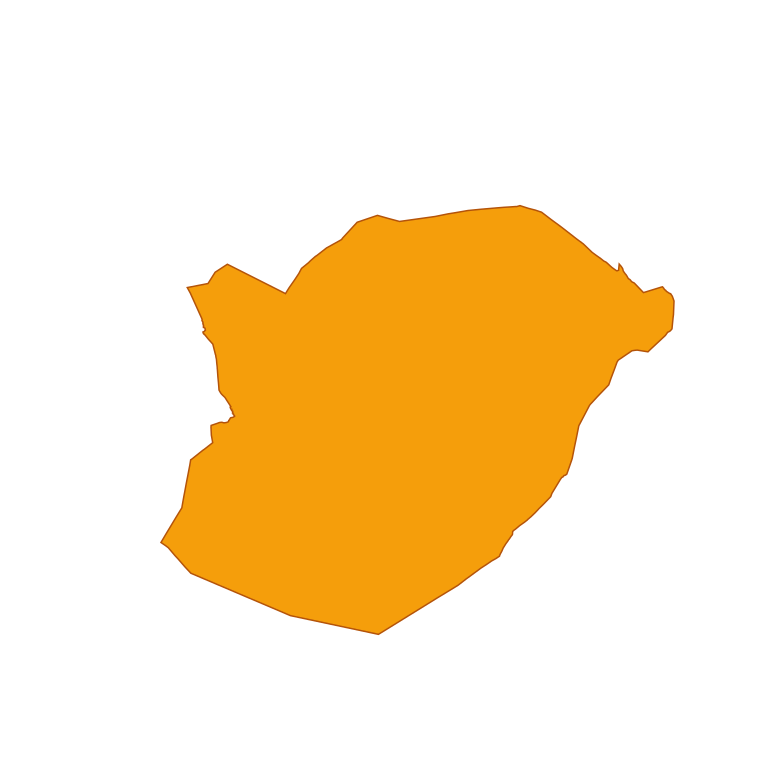 Selbu nor, Sør-Trøndelag, Norway, rotated 137°
{"feature_id": "86288312B45972287407526", "entity_name": "Selbu nor", "entity_type": "district", "adm_level": 2, "iso_a3": "NOR", "parent_name": "Norway", "parent_adm1": "Sør-Trøndelag", "projection": "albers", "projection_center": [11.135, 63.176], "detail": "fine", "context": "isolated", "style": "filled", "palette": "amber", "viewbox_px": 768, "rotation_deg": 137, "n_neighbors": 0, "source": "geoboundaries", "source_scale": "gbopen_adm2", "svg_char_len": 5175}
<svg xmlns="http://www.w3.org/2000/svg" viewBox="0 0 768 768"><g transform="rotate(137 384 384)"><path d="M654.3,377.3L610.4,278.4L558.8,204.7L490.3,191.1L481.2,189.2L467.0,186.3L457.0,185.4L441.9,183.6L439.0,183.3L431.5,182.0L426.0,181.2L421.2,180.0L417.0,179.3L415.8,180.0L414.2,180.6L412.3,181.2L409.5,182.4L408.9,182.7L403.7,184.1L400.5,184.7L399.2,185.1L398.0,185.2L395.2,185.9L393.1,186.2L392.6,186.4L391.1,187.8L390.5,188.4L387.9,188.4L387.3,188.2L381.2,187.9L375.4,187.1L373.0,186.9L372.3,186.8L371.3,186.9L369.8,186.8L368.4,186.8L367.6,186.7L367.0,186.7L360.9,186.8L357.7,187.0L355.4,187.2L350.0,187.3L338.9,187.9L335.8,189.5L319.9,194.0L318.3,194.3L317.7,194.4L317.0,194.2L316.8,194.1L316.3,194.0L315.9,194.2L315.5,194.2L314.8,194.3L314.7,194.3L314.5,194.1L314.4,194.0L314.2,193.9L313.7,193.7L313.3,193.7L313.1,193.5L312.8,193.6L311.8,193.4L298.9,200.2L297.1,201.2L288.8,207.2L286.7,208.7L284.3,210.4L280.3,213.2L270.0,220.6L267.4,221.5L248.6,228.1L247.3,228.4L246.1,228.5L244.3,228.6L236.6,229.2L220.2,230.1L214.2,233.3L205.3,237.7L199.2,240.8L198.9,241.0L196.4,241.7L180.0,239.2L177.5,237.5L175.7,236.1L169.0,227.5L165.0,227.6L145.0,227.6L141.2,228.4L140.3,228.0L138.3,227.6L135.8,227.9L127.3,235.4L125.0,237.3L115.3,246.9L113.3,251.5L112.8,254.5L113.0,254.6L113.0,254.9L113.4,255.5L113.5,256.0L113.5,256.3L113.8,256.9L113.8,257.5L114.0,258.2L114.1,258.4L114.2,258.7L114.2,259.3L114.3,259.5L114.1,260.2L114.1,260.5L114.3,261.2L114.4,261.4L114.4,261.6L114.3,262.2L114.3,262.5L114.3,262.8L114.1,263.2L114.1,263.5L114.1,264.1L114.1,264.5L114.0,264.9L114.0,265.1L115.0,265.7L130.3,273.1L131.9,273.9L132.1,287.0L132.3,287.9L132.8,288.8L133.0,289.8L133.1,290.2L132.9,292.1L133.0,293.1L133.2,293.6L133.4,294.4L133.2,295.4L132.8,297.0L132.7,297.4L132.4,299.2L132.5,299.6L132.1,302.6L131.9,303.6L130.8,305.5L130.6,306.4L130.3,308.3L130.2,311.3L134.9,307.2L136.3,307.8L136.7,308.3L137.2,310.7L137.8,313.7L138.0,315.8L138.3,320.0L138.5,321.7L139.4,324.1L139.9,327.7L141.2,334.0L142.0,338.3L142.7,350.6L144.2,358.7L147.2,377.5L149.6,390.3L151.6,402.2L154.7,407.9L158.6,414.0L162.9,421.7L166.0,423.3L166.8,424.1L170.9,427.4L176.0,431.6L180.8,435.4L187.3,440.5L194.2,445.9L204.4,453.7L215.4,460.9L221.2,464.8L232.3,471.6L261.8,492.3L267.8,501.9L273.8,511.8L288.9,518.6L293.3,520.6L314.4,519.0L314.9,518.9L315.2,518.9L315.4,518.9L315.5,518.8L316.2,518.6L317.5,518.8L333.2,522.7L345.7,523.8L347.1,524.1L353.5,524.3L356.6,524.2L359.3,524.4L359.8,524.4L365.5,524.8L366.3,524.5L367.8,524.0L370.9,522.9L378.4,521.1L387.8,519.1L394.4,517.3L416.9,578.4L431.3,580.9L444.2,577.5L462.1,588.7L463.8,582.1L464.0,581.6L466.8,573.3L472.6,556.2L472.9,555.6L473.1,555.1L473.6,554.8L473.9,554.5L474.1,553.6L474.2,552.9L474.4,552.7L474.7,552.1L475.0,551.8L475.1,551.7L475.4,551.6L475.5,551.3L475.5,551.2L475.5,550.9L475.6,550.7L475.8,550.6L475.9,550.3L476.0,550.2L476.1,549.8L476.3,549.7L476.5,549.6L476.5,549.4L476.6,549.2L476.8,548.9L477.0,548.9L477.1,548.6L477.3,548.5L477.2,548.4L477.3,548.2L477.1,547.9L477.1,547.7L477.0,547.4L477.0,547.2L476.9,547.0L477.0,546.9L477.0,546.7L477.1,546.4L477.2,546.2L477.5,546.0L477.6,545.9L477.7,545.7L477.8,545.5L477.9,545.4L477.9,545.2L478.2,545.1L478.4,545.1L478.8,545.2L479.6,545.0L479.8,545.1L480.0,545.1L480.3,545.3L480.9,545.3L481.0,545.4L481.2,545.1L481.3,545.0L481.4,544.8L481.4,544.7L481.5,544.5L481.5,544.4L481.6,544.1L481.5,543.9L481.6,543.5L481.6,543.4L481.7,543.2L481.5,542.9L481.6,542.7L481.5,542.1L481.5,541.9L481.9,536.4L482.0,529.9L484.7,525.0L487.2,520.5L487.4,519.9L488.5,518.4L489.6,516.5L491.0,514.7L491.8,513.7L494.4,510.2L495.5,508.9L496.0,508.2L498.2,505.5L499.4,504.0L500.7,502.4L504.4,497.6L506.6,494.8L508.8,492.1L509.2,490.6L509.3,490.0L509.4,489.7L509.6,488.8L509.6,488.4L509.7,487.8L509.7,486.3L509.6,484.6L509.5,482.7L509.7,481.4L510.0,480.0L510.5,477.1L511.4,472.1L511.7,472.2L511.8,472.2L512.3,472.0L512.4,471.8L512.4,471.5L512.5,471.4L512.4,471.3L512.5,471.1L512.7,470.9L512.8,470.8L512.9,470.6L512.9,470.2L513.0,469.8L513.0,469.6L513.3,469.4L513.3,469.0L513.3,468.8L513.3,468.7L513.2,468.7L513.3,468.6L513.4,468.4L513.3,468.2L513.4,467.9L513.5,467.7L513.5,467.4L513.5,467.2L513.8,466.9L513.9,466.7L514.0,466.6L513.9,466.6L514.0,466.6L513.9,466.6L514.0,466.5L514.0,466.4L514.1,466.2L514.4,465.7L514.5,465.6L514.5,465.4L514.6,465.1L514.6,464.9L514.8,464.9L514.9,464.7L515.0,464.6L514.9,464.3L515.0,464.2L515.0,463.9L515.0,463.7L515.0,463.4L515.0,463.2L515.0,462.9L515.0,462.7L515.2,462.3L516.3,462.4L517.0,462.6L517.5,462.8L518.8,463.7L519.0,463.8L519.4,463.9L519.7,463.8L520.5,463.6L521.9,463.2L522.2,463.1L522.5,463.2L522.9,462.9L523.3,462.7L523.7,462.6L524.1,462.7L524.8,463.0L525.8,463.5L526.8,464.2L527.3,464.5L527.6,464.9L527.9,465.2L528.4,466.2L528.7,466.5L529.0,466.9L530.7,468.1L532.7,468.9L538.7,471.6L540.1,470.3L541.5,468.6L541.8,468.3L543.8,465.9L545.1,464.4L549.3,457.9L559.9,458.8L561.9,459.1L576.2,460.2L577.1,460.4L581.5,457.0L587.4,452.7L591.8,449.5L596.6,446.0L603.2,441.1L606.9,438.4L614.5,432.7L616.3,431.3L626.8,428.4L645.0,423.2L655.2,420.2L654.0,414.8L653.4,411.4L653.7,405.1L653.9,400.8L653.9,396.8L654.3,386.0L654.3,381.1L654.3,377.3Z" fill="#f59e0b" stroke="#b45309" stroke-width="1.5"/></g></svg>